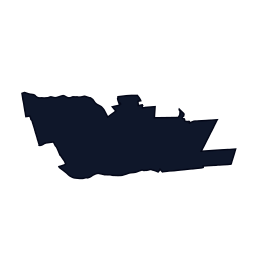 Ciumesti, Satu Mare, Romania (Equal Earth projection), rotated 334°
{"feature_id": "2599482B43227453478465", "entity_name": "Ciumesti", "entity_type": "district", "adm_level": 2, "iso_a3": "ROU", "parent_name": "Romania", "parent_adm1": "Satu Mare", "projection": "equal_earth", "projection_center": [22.322, 47.684], "detail": "fine", "context": "isolated", "style": "filled", "palette": "ink", "viewbox_px": 256, "rotation_deg": 334, "n_neighbors": 0, "source": "geoboundaries", "source_scale": "gbopen_adm2", "svg_char_len": 5612}
<svg xmlns="http://www.w3.org/2000/svg" viewBox="0 0 256 256"><g transform="rotate(334 128 128)"><path d="M211.8,159.7L206.0,157.4L204.7,156.8L201.7,155.6L194.1,152.4L193.9,152.4L192.0,151.5L190.3,150.8L190.1,150.8L188.4,150.6L184.6,150.6L184.9,150.5L185.2,150.4L185.4,150.2L185.6,150.0L185.8,149.8L186.0,149.5L186.0,149.3L186.0,149.2L185.9,148.9L185.7,148.8L185.3,148.6L184.7,148.4L184.3,148.3L183.9,148.1L182.5,147.1L182.2,146.8L182.1,146.6L182.1,146.4L182.1,146.2L182.3,145.7L182.6,145.0L182.6,144.6L182.5,144.4L182.4,144.2L182.1,144.0L181.3,143.6L181.1,143.4L181.0,143.2L181.1,142.8L181.2,142.6L181.3,142.4L181.6,142.1L182.0,141.9L182.4,141.7L182.8,141.7L183.2,141.6L183.3,141.6L183.4,141.4L184.2,140.4L184.4,140.1L184.4,139.5L184.4,139.3L183.5,136.9L182.8,135.0L182.3,133.5L182.2,133.6L182.1,134.0L182.0,134.4L182.0,134.8L182.1,135.1L182.1,135.4L182.1,135.9L181.8,136.4L181.5,136.9L181.1,137.6L180.7,138.3L180.6,138.6L180.2,138.9L179.7,139.3L179.2,139.7L178.7,140.0L178.4,140.2L177.6,140.5L156.2,130.4L157.4,128.2L161.7,120.7L152.6,117.1L152.3,117.1L150.7,116.6L150.0,116.3L150.1,116.2L150.4,114.0L150.5,114.0L151.0,114.1L151.0,113.4L147.1,112.4L148.5,108.6L148.6,108.4L148.8,108.4L151.4,109.1L151.5,108.1L151.3,105.9L150.7,102.8L150.4,102.7L145.8,100.4L141.0,98.4L132.7,95.5L132.3,96.2L131.5,97.1L131.1,98.8L130.7,102.2L131.7,102.0L131.9,103.2L130.9,103.5L130.1,103.6L129.3,103.5L128.6,103.4L126.4,102.8L123.2,102.1L124.5,107.4L122.4,107.9L119.4,108.4L118.3,108.6L114.6,109.3L114.4,101.3L114.3,100.6L114.0,99.4L113.7,98.3L113.4,97.4L113.1,96.8L112.7,96.2L110.6,93.3L110.2,92.7L109.4,90.7L109.3,89.9L109.2,89.3L109.1,88.6L108.9,87.2L108.8,86.9L108.5,86.3L107.5,84.4L107.3,84.3L106.9,84.1L106.5,83.8L103.3,80.7L103.0,80.5L102.7,80.3L100.0,79.7L98.7,79.3L97.5,78.8L97.0,78.6L96.7,78.3L96.1,77.8L95.5,77.5L94.7,77.2L92.9,76.2L92.3,75.9L91.8,75.7L90.0,75.6L89.2,75.4L88.4,75.1L87.8,74.8L87.3,74.4L86.7,73.8L86.3,73.3L84.9,71.3L84.4,70.8L84.0,70.5L83.4,70.3L81.9,70.0L79.7,69.7L79.1,69.6L78.5,69.5L77.2,69.3L76.2,69.0L75.6,68.7L74.7,68.1L74.0,67.5L73.2,66.8L72.5,66.3L71.9,66.0L71.3,65.9L70.8,65.9L70.0,65.8L69.3,65.7L67.6,65.0L65.8,64.3L63.6,63.0L62.9,62.7L62.1,62.4L61.6,62.1L61.0,61.8L60.5,61.3L59.9,60.7L59.4,59.9L59.0,59.1L58.7,58.0L58.4,57.4L58.1,57.1L57.7,56.6L57.1,56.2L56.3,55.6L55.3,55.0L53.7,53.8L52.3,52.4L51.7,51.8L51.2,51.3L50.5,50.7L48.9,50.5L47.9,50.4L47.3,52.3L46.4,55.2L46.0,56.4L45.6,58.1L44.9,60.7L44.3,62.5L43.5,65.2L42.8,67.5L42.4,69.1L41.7,71.3L41.2,73.0L42.9,73.6L43.8,73.8L44.9,74.1L44.9,75.1L44.9,76.2L44.7,77.0L44.5,77.8L45.0,79.1L44.8,80.2L44.6,81.3L44.5,82.0L44.4,82.7L44.2,84.0L44.1,84.6L44.0,85.6L43.8,86.4L43.7,87.4L43.5,88.4L43.3,89.1L43.3,89.7L42.9,91.4L42.7,93.0L42.4,94.8L42.1,96.7L41.7,98.5L41.6,99.5L41.3,101.3L40.9,103.6L40.8,104.2L40.5,104.6L41.2,105.1L43.0,105.5L43.7,105.5L45.4,105.4L46.2,105.2L46.5,105.2L47.0,105.2L47.0,105.4L47.8,105.5L49.6,106.1L53.5,107.4L54.8,107.8L54.8,108.0L54.9,108.7L54.9,109.6L54.9,110.1L54.9,110.7L54.9,111.3L54.9,112.1L55.3,113.1L55.3,113.3L55.4,113.9L55.4,114.4L55.4,115.5L55.3,118.2L55.1,121.3L55.0,122.6L55.3,123.0L55.4,123.5L55.6,124.6L55.8,126.2L55.9,126.6L56.0,127.7L56.1,127.9L56.3,129.3L56.4,130.3L56.4,130.9L56.3,131.4L56.3,131.9L56.3,132.6L56.3,132.8L55.1,133.3L53.6,133.1L51.7,132.9L49.0,132.4L49.0,133.2L49.0,133.4L49.8,135.0L50.8,136.9L51.6,138.5L53.1,141.6L54.0,144.1L54.3,144.7L54.6,145.4L54.8,145.7L56.2,147.6L56.4,147.9L57.3,148.8L57.7,149.2L59.1,150.1L60.6,151.0L62.5,152.2L62.9,152.4L63.5,152.7L65.0,153.4L65.5,153.6L66.4,153.8L67.0,153.9L68.4,154.2L68.7,154.3L69.5,154.9L69.9,155.1L70.1,155.2L70.6,155.2L72.0,155.4L72.5,155.4L73.8,155.3L74.4,155.2L75.5,155.0L76.4,155.0L78.2,155.0L79.7,155.2L80.1,155.2L80.7,155.5L81.5,155.8L81.8,155.9L82.1,156.2L82.8,156.8L83.5,157.3L83.8,157.5L85.2,158.7L85.9,159.2L86.3,159.6L86.7,159.8L88.2,160.6L90.0,161.5L91.4,162.2L92.8,163.3L93.4,163.8L94.4,164.3L98.3,166.4L99.9,167.1L100.5,167.4L101.6,167.8L102.3,168.0L103.7,168.2L106.0,168.6L107.8,168.8L108.8,168.9L110.5,169.3L111.5,169.7L112.1,169.9L112.8,170.2L113.9,170.6L115.2,171.0L116.2,171.2L117.2,171.3L118.4,171.4L119.4,171.5L120.1,171.6L120.9,171.7L121.1,171.7L121.4,171.8L121.9,171.8L122.3,172.0L122.5,172.1L122.7,172.3L123.1,172.7L123.3,172.9L123.6,173.1L123.9,173.3L124.5,173.4L125.5,173.9L125.6,174.0L126.6,174.3L127.2,174.5L128.1,174.7L128.8,174.8L129.5,174.9L129.7,175.0L130.1,175.2L130.4,175.3L130.7,175.5L130.9,175.7L131.5,176.4L132.5,177.2L133.9,178.5L134.3,179.0L134.7,179.4L135.8,180.7L136.5,180.4L137.0,180.2L138.7,179.1L139.4,181.5L139.7,182.5L140.1,182.6L140.5,182.7L144.1,184.0L145.7,184.5L147.0,185.0L149.3,186.0L151.0,186.7L153.9,187.7L156.4,188.6L160.1,190.0L161.8,190.6L164.9,191.7L167.5,192.7L167.8,192.7L169.0,193.2L168.9,193.3L171.5,194.2L173.4,194.9L176.4,196.0L178.2,196.4L178.3,196.4L178.9,195.1L181.6,196.2L183.4,196.9L185.5,197.8L186.9,198.4L188.4,199.0L190.6,200.0L192.1,200.5L192.3,200.5L194.1,201.4L194.9,201.7L197.6,202.8L199.2,203.5L200.9,204.2L201.8,204.6L203.3,205.1L203.5,205.2L204.6,205.6L204.8,205.6L205.0,205.5L206.5,203.8L207.4,202.8L208.1,202.1L209.8,200.3L211.3,198.7L212.6,197.3L214.2,195.5L214.6,195.1L215.5,194.1L212.7,193.0L209.9,191.9L208.0,191.0L202.5,188.7L195.2,185.7L187.0,182.4L183.8,181.1L183.6,181.0L186.5,178.8L187.8,177.9L189.5,176.6L190.6,175.8L192.5,174.3L194.1,173.1L195.2,172.3L196.7,171.2L197.1,170.8L197.3,170.7L197.8,170.3L198.3,169.9L198.9,169.5L200.0,168.6L201.0,167.9L202.4,166.9L203.9,165.7L204.8,165.1L206.2,163.9L206.7,163.5L206.9,163.4L207.5,162.9L208.9,161.9L210.0,161.0L211.2,160.1L211.8,159.7Z" fill="#0f172a" stroke="#020617" stroke-width="1.5"/></g></svg>